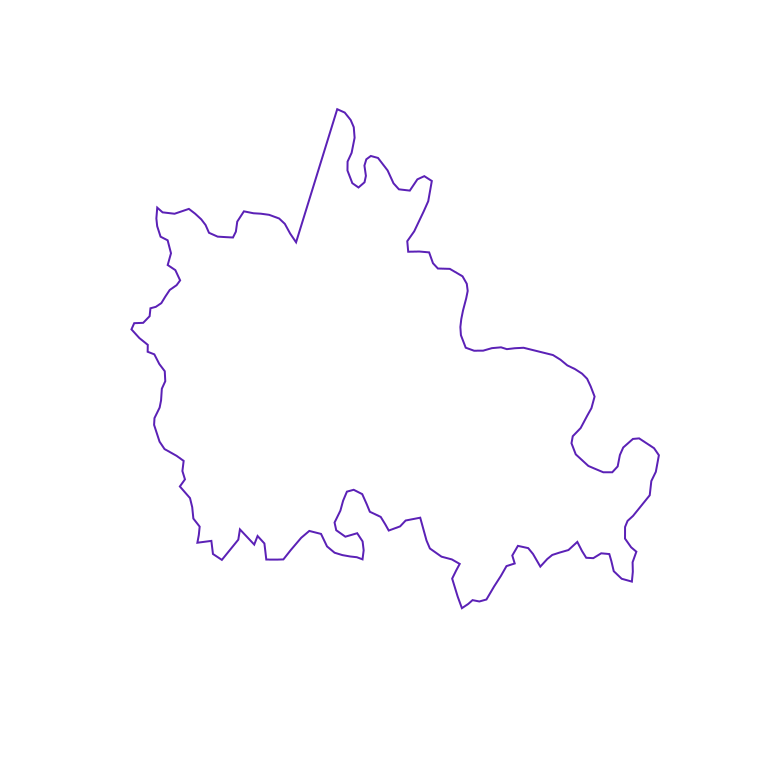 outline of Grandes Rios, Paraná, Brazil, rotated 159°
{"feature_id": "56859067B21622143910331", "entity_name": "Grandes Rios", "entity_type": "district", "adm_level": 2, "iso_a3": "BRA", "parent_name": "Brazil", "parent_adm1": "Paraná", "projection": "equal_earth", "projection_center": [-51.453, -24.192], "detail": "fine", "context": "isolated", "style": "outline", "palette": "violet", "viewbox_px": 768, "rotation_deg": 159, "n_neighbors": 0, "source": "geoboundaries", "source_scale": "gbopen_adm2", "svg_char_len": 2890}
<svg xmlns="http://www.w3.org/2000/svg" viewBox="0 0 768 768"><g transform="rotate(159 384 384)"><path d="M208.5,137.0L211.8,143.0L214.4,153.3L210.2,164.1L205.7,168.9L198.8,171.6L175.8,184.9L169.2,197.6L161.7,204.6L152.9,219.0L154.9,227.3L165.3,241.8L171.3,243.5L183.4,239.0L189.2,233.2L195.4,223.3L202.5,219.8L210.9,223.0L218.2,230.0L222.6,234.3L230.2,249.6L230.2,261.5L226.5,267.6L216.2,272.4L205.6,281.6L199.0,287.1L191.9,296.8L191.9,307.7L192.5,316.1L195.4,322.7L200.3,329.4L206.2,335.7L210.6,343.5L215.9,350.5L240.7,367.8L249.0,370.5L256.8,372.5L261.6,376.3L270.4,378.8L279.5,379.6L288.0,382.8L294.7,388.6L294.7,402.0L292.3,409.8L288.6,416.9L283.9,424.3L276.5,434.6L272.5,440.9L270.8,447.9L272.1,456.4L281.3,467.9L292.3,472.5L295.0,479.2L294.7,490.7L303.5,495.0L314.0,498.8L311.1,509.0L301.1,515.7L285.0,531.0L277.2,538.8L266.6,556.4L271.9,563.6L279.5,563.1L290.6,555.3L300.3,560.4L303.2,567.9L304.1,582.1L308.6,597.2L314.6,601.6L320.0,600.1L324.0,594.9L326.3,584.8L329.9,579.3L337.4,576.6L341.6,582.8L341.6,596.4L338.3,604.7L331.4,611.4L323.2,624.4L320.2,634.6L320.5,642.4L323.4,651.5L329.2,657.3L415.3,547.8L417.7,558.1L419.2,569.1L422.6,576.1L430.6,583.1L437.9,587.1L444.7,590.2L452.9,595.4L462.8,588.2L467.7,579.3L472.5,574.9L478.6,577.6L486.5,581.2L493.2,587.9L493.6,596.4L495.6,603.2L499.3,610.7L503.4,617.4L518.5,618.0L529.2,623.6L532.5,629.9L537.2,620.1L539.2,612.6L539.8,601.6L534.5,595.7L536.0,582.4L543.3,572.6L538.0,565.1L537.2,553.8L542.2,550.6L550.3,548.6L556.8,544.0L562.9,539.3L569.4,537.8L574.9,538.4L578.5,531.3L586.9,527.4L595.4,530.3L600.2,525.5L595.9,514.5L590.5,505.2L593.1,498.8L587.8,494.0L586.6,483.2L584.1,474.5L587.2,465.0L593.1,459.2L598.0,448.6L601.9,442.4L610.5,434.4L613.3,428.2L614.2,410.6L612.2,401.9L603.4,391.3L598.6,384.0L603.4,375.0L604.0,366.3L611.3,361.5L606.0,347.0L607.2,337.7L610.2,326.7L607.2,316.9L611.0,309.4L615.1,302.7L601.4,299.4L604.6,286.6L598.4,277.9L575.8,290.9L570.6,299.9L562.7,280.6L556.5,287.4L552.8,278.0L554.8,270.1L556.8,262.3L547.4,258.6L540.8,256.3L530.7,262.3L516.4,270.1L506.4,273.6L496.5,266.6L495.4,252.8L490.6,244.2L484.2,239.2L477.4,235.1L471.4,232.0L466.9,228.0L462.6,236.0L460.4,244.7L462.5,254.3L474.8,255.3L481.0,264.6L479.8,272.4L470.1,281.4L464.0,289.7L457.2,296.8L450.2,296.1L443.8,289.0L443.2,278.0L443.0,269.8L434.7,261.1L433.1,252.5L432.1,245.5L420.0,245.3L412.7,248.8L398.1,246.2L400.4,222.7L400.1,214.0L392.2,202.2L383.5,195.9L377.8,188.9L383.4,184.1L390.1,177.9L391.4,159.1L391.6,146.8L384.1,148.5L378.8,150.5L372.9,146.8L365.6,146.1L353.8,155.5L343.7,162.9L334.9,170.1L326.3,169.6L325.7,177.9L317.0,184.9L308.2,179.1L305.8,171.9L303.5,157.5L294.3,162.1L288.2,164.1L280.6,163.7L271.3,162.9L260.1,167.3L259.0,157.1L257.5,149.3L251.0,146.4L241.9,148.1L234.6,144.5L235.2,137.3L236.6,126.9L231.9,117.0L223.4,110.7L219.0,119.5L215.8,128.5L208.5,137.0Z" fill="none" stroke="#5b21b6" stroke-width="2"/></g></svg>